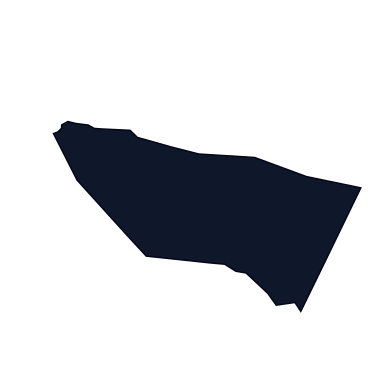 the district of Djigueni, Hodh ech Chargui, Mauritania, rotated 296°
{"feature_id": "47542326B52298833192374", "entity_name": "Djigueni", "entity_type": "district", "adm_level": 2, "iso_a3": "MRT", "parent_name": "Mauritania", "parent_adm1": "Hodh ech Chargui", "projection": "equal_earth", "projection_center": [-8.77, 16.018], "detail": "fine", "context": "isolated", "style": "filled", "palette": "ink", "viewbox_px": 384, "rotation_deg": 296, "n_neighbors": 0, "source": "geoboundaries", "source_scale": "gbopen_adm2", "svg_char_len": 581}
<svg xmlns="http://www.w3.org/2000/svg" viewBox="0 0 384 384"><g transform="rotate(296 192 192)"><path d="M269.7,341.9L256.0,288.0L250.5,233.2L229.1,181.4L223.3,153.3L217.1,118.8L217.8,117.0L220.3,109.3L209.2,83.5L206.3,76.3L206.7,69.4L202.7,57.7L200.9,49.5L195.2,45.5L192.0,46.8L187.0,45.0L183.8,41.9L152.3,83.5L124.6,152.6L114.3,179.0L121.8,199.6L136.0,238.8L141.1,252.2L141.4,253.0L140.0,266.2L142.9,276.0L139.0,288.8L134.1,304.6L127.2,317.3L137.4,332.3L137.4,332.5L137.8,333.0L132.4,342.1L189.6,342.1L269.7,341.9Z" fill="#0f172a" stroke="#020617" stroke-width="1.5"/></g></svg>